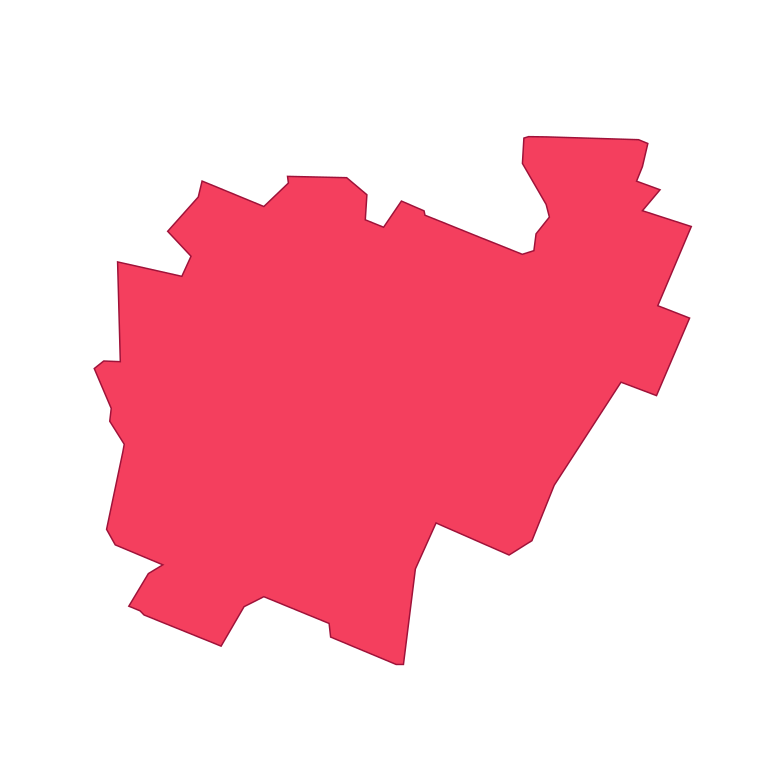 the district of Kennebec, Maine, United States of America, rotated 11°
{"feature_id": "52423323B98576109214460", "entity_name": "Kennebec", "entity_type": "district", "adm_level": 2, "iso_a3": "USA", "parent_name": "United States of America", "parent_adm1": "Maine", "projection": "robinson", "projection_center": [-69.775, 44.414], "detail": "fine", "context": "isolated", "style": "filled", "palette": "rose", "viewbox_px": 768, "rotation_deg": 11, "n_neighbors": 0, "source": "geoboundaries", "source_scale": "gbopen_adm2", "svg_char_len": 994}
<svg xmlns="http://www.w3.org/2000/svg" viewBox="0 0 768 768"><g transform="rotate(11 384 384)"><path d="M249.7,198.6L251.8,205.0L237.3,225.5L232.2,232.7L166.7,219.5L166.0,235.9L142.5,275.4L170.2,295.4L165.0,316.9L99.2,315.0L120.9,412.4L104.5,414.9L96.6,424.1L120.9,460.0L121.9,472.9L140.5,492.7L140.6,500.6L139.4,579.6L150.9,593.2L201.4,603.7L188.9,615.0L175.9,650.8L187.8,653.2L192.5,656.5L274.1,672.4L289.1,629.3L306.6,615.7L373.2,629.0L375.8,629.5L379.9,642.6L449.5,657.0L456.6,655.6L450.1,559.5L460.6,514.8L461.6,510.5L539.4,528.0L553.9,514.4L559.1,509.6L570.4,450.9L616.3,337.0L653.7,343.4L671.4,261.0L637.8,254.9L655.6,170.8L604.6,164.6L617.9,140.7L593.2,136.7L596.2,121.4L597.1,97.6L587.3,95.6L496.5,110.4L478.7,113.6L474.4,115.9L477.8,141.1L508.9,176.8L514.5,188.6L504.6,207.6L505.7,224.5L495.0,230.3L449.9,221.7L414.4,214.8L392.0,210.5L390.3,206.4L366.2,201.1L353.7,230.2L334.3,226.4L331.1,201.5L308.0,188.6L249.7,198.6Z" fill="#f43f5e" stroke="#9f1239" stroke-width="1.5"/></g></svg>